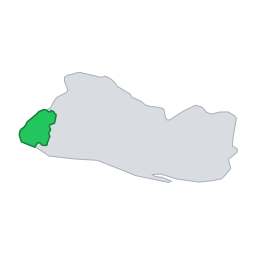 where Ahuachapán sits in El Salvador, rotated 356°
{"feature_id": "SLV-1343", "entity_name": "Ahuachapán", "entity_type": "Department", "adm_level": 1, "iso_a3": "SLV", "parent_name": "El Salvador", "parent_adm1": "", "projection": "albers", "projection_center": [-89.848, 13.863], "detail": "fine", "context": "in_parent", "style": "filled", "palette": "green", "viewbox_px": 256, "rotation_deg": 356, "n_neighbors": 0, "source": "natural_earth", "source_scale": "10m", "svg_char_len": 2041}
<svg xmlns="http://www.w3.org/2000/svg" viewBox="0 0 256 256"><g transform="rotate(356 128 128)"><path d="M87.3,70.5L89.6,70.9L104.7,75.6L109.2,74.7L115.0,78.5L117.7,81.5L120.1,85.6L132.1,93.9L134.1,97.5L143.1,102.4L146.7,106.1L150.5,107.7L158.0,109.1L164.4,111.0L165.2,112.4L165.8,117.9L167.2,122.6L170.2,122.9L173.9,120.6L185.9,114.3L197.2,110.0L203.6,112.5L207.4,117.7L211.7,120.0L220.7,118.5L228.9,118.9L235.3,123.4L236.8,126.0L233.0,141.2L231.6,147.8L231.0,153.3L233.3,154.7L235.6,156.8L235.1,159.8L228.2,164.7L226.0,166.0L227.7,175.4L222.5,181.1L217.7,185.2L209.3,186.4L195.0,186.9L173.5,182.4L157.6,176.2L149.0,176.2L151.8,178.3L158.5,179.6L167.4,184.0L164.9,185.2L132.6,176.1L95.2,158.1L72.9,155.2L47.4,150.5L32.3,139.0L21.0,134.0L20.0,129.6L20.1,124.8L25.3,118.3L34.8,109.6L41.2,105.1L44.1,104.2L48.3,104.7L52.3,102.2L55.8,96.2L59.4,92.3L68.5,88.4L70.6,86.8L69.9,83.5L67.9,77.0L68.2,72.9L71.2,71.1L74.8,70.7L82.2,69.1L85.4,69.4L87.3,70.5Z" fill="#d9dde1" stroke="#a8b0b8" stroke-width="1"/><path d="M20.7,134.4L19.2,128.4L19.2,126.9L19.4,125.4L19.9,123.9L20.6,122.6L21.7,121.5L24.2,120.1L25.3,119.2L26.2,117.9L26.8,116.6L27.5,115.3L28.9,114.1L37.6,108.0L39.5,106.0L40.5,105.4L44.5,103.9L45.8,103.8L47.5,104.2L49.8,106.0L51.2,106.6L52.5,105.9L52.5,105.3L52.5,105.2L53.2,105.5L54.9,106.5L55.2,106.8L55.3,107.0L55.6,108.0L55.9,108.4L56.2,108.7L56.6,109.0L56.9,109.4L57.1,109.7L57.2,110.0L56.9,111.6L55.1,117.9L53.5,118.6L51.5,119.1L50.4,119.3L50.2,119.4L50.0,119.7L49.9,120.3L49.8,120.7L50.1,122.5L50.2,123.0L50.4,123.4L50.6,123.9L50.7,124.1L50.6,124.4L48.8,127.2L48.6,127.7L48.6,128.1L49.3,130.5L49.4,131.0L49.3,131.4L49.0,131.9L48.3,132.7L48.1,133.2L47.9,133.6L47.9,134.4L47.8,134.7L46.6,136.8L46.5,137.2L46.0,139.3L45.5,139.5L44.8,139.6L42.0,139.4L41.5,139.3L41.3,139.2L40.6,138.5L39.4,137.2L39.2,137.0L38.9,136.8L38.7,136.7L38.4,136.6L38.1,136.5L37.7,136.5L37.2,136.6L36.9,136.7L36.6,136.8L36.4,137.0L36.2,137.2L35.5,138.0L34.0,140.3L33.8,140.7L27.7,137.8L20.7,134.4Z" fill="#22c55e" stroke="#15803d" stroke-width="1.5"/></g></svg>